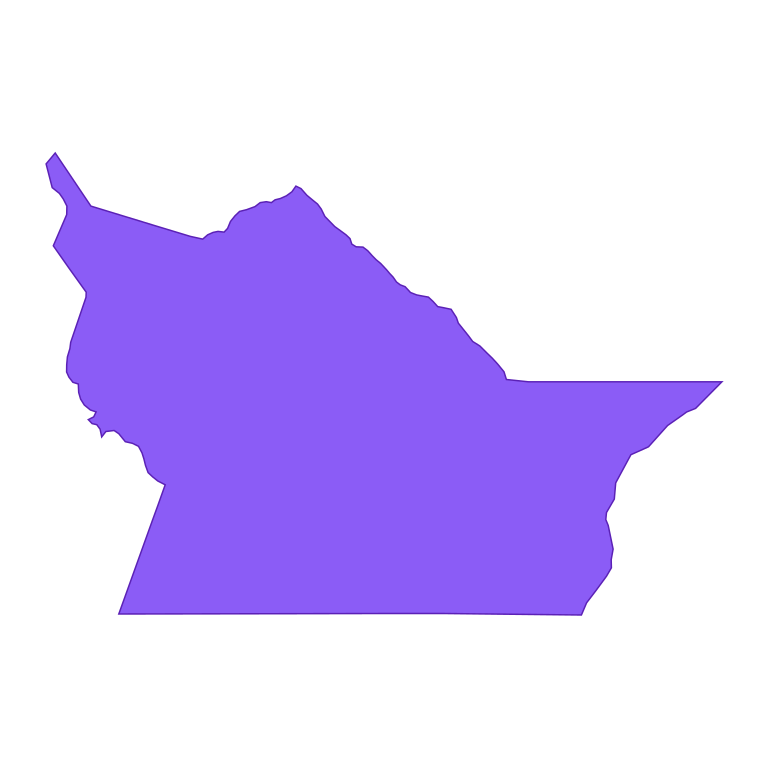 the district of Tabuleiro do Norte, Ceará, Brazil
{"feature_id": "56859067B32879374314825", "entity_name": "Tabuleiro do Norte", "entity_type": "district", "adm_level": 2, "iso_a3": "BRA", "parent_name": "Brazil", "parent_adm1": "Ceará", "projection": "robinson", "projection_center": [-38.067, -5.298], "detail": "fine", "context": "isolated", "style": "filled", "palette": "violet", "viewbox_px": 768, "rotation_deg": 0, "n_neighbors": 0, "source": "geoboundaries", "source_scale": "gbopen_adm2", "svg_char_len": 1735}
<svg xmlns="http://www.w3.org/2000/svg" viewBox="0 0 768 768"><path d="M581.4,615.0L586.6,602.8L595.7,590.9L606.5,576.2L611.4,567.8L611.2,559.7L613.1,549.1L608.2,525.4L605.8,519.6L606.5,512.5L614.3,499.1L615.7,482.9L630.9,454.7L648.5,446.8L667.6,425.5L682.7,414.9L686.6,412.0L695.6,408.4L721.9,381.8L528.4,381.8L506.4,379.5L504.0,371.8L497.7,364.1L492.3,358.2L486.8,352.9L479.9,346.0L472.7,341.5L468.7,336.1L458.3,323.1L456.4,317.5L451.1,309.3L443.5,307.7L437.7,306.6L433.2,301.6L428.4,297.1L421.7,295.9L416.6,294.9L410.5,292.5L405.1,286.7L400.2,284.8L396.5,282.0L393.1,277.1L389.6,273.4L386.5,269.7L380.8,263.6L376.0,259.6L372.0,255.5L367.8,250.8L363.0,247.1L356.1,246.8L351.8,244.1L350.0,238.6L346.0,234.8L341.8,231.7L334.8,226.6L324.9,216.5L321.2,209.0L317.5,204.0L313.4,200.7L306.9,195.3L301.0,188.6L295.9,186.1L291.9,191.8L286.4,195.8L280.4,198.5L275.1,199.8L271.4,202.6L266.3,201.7L260.2,202.6L255.0,206.6L246.5,209.7L239.6,211.4L235.0,215.8L230.5,221.4L227.6,228.4L224.1,232.1L218.0,231.4L213.1,232.4L207.7,234.8L202.7,239.1L190.4,236.4L176.2,232.1L154.4,225.5L90.9,206.1L55.2,153.0L46.1,163.9L52.2,187.6L59.4,193.4L63.3,199.0L66.9,206.1L66.7,214.6L53.3,245.8L68.6,267.6L86.2,292.2L86.0,297.3L70.7,342.3L69.9,348.6L67.4,356.9L66.7,364.8L66.6,372.0L68.9,377.1L72.9,382.3L78.3,384.0L78.7,392.5L80.6,399.1L84.3,405.0L90.4,410.0L96.1,411.9L93.7,416.9L88.3,419.6L92.1,423.6L96.8,424.7L100.1,429.2L101.7,436.9L105.9,431.5L114.1,430.5L118.8,433.7L125.3,441.7L132.4,443.3L138.5,446.3L142.0,452.9L143.9,458.9L145.5,465.4L148.1,472.6L152.8,477.0L157.8,481.0L165.2,484.8L158.2,504.5L153.0,518.8L118.8,614.0L229.0,613.8L289.2,613.7L386.3,613.5L394.0,613.5L443.2,613.5L581.4,615.0Z" fill="#8b5cf6" stroke="#5b21b6" stroke-width="1.5"/></svg>